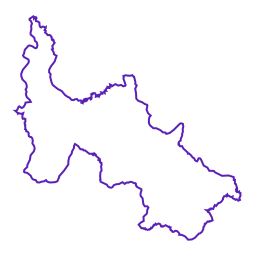 outline of Sucre, Santander, Colombia
{"feature_id": "7082276B9079895199156", "entity_name": "Sucre", "entity_type": "district", "adm_level": 2, "iso_a3": "COL", "parent_name": "Colombia", "parent_adm1": "Santander", "projection": "robinson", "projection_center": [-73.957, 6.009], "detail": "fine", "context": "isolated", "style": "outline", "palette": "violet", "viewbox_px": 256, "rotation_deg": 0, "n_neighbors": 0, "source": "geoboundaries", "source_scale": "gbopen_adm2", "svg_char_len": 5723}
<svg xmlns="http://www.w3.org/2000/svg" viewBox="0 0 256 256"><path d="M182.9,123.9L181.1,123.3L179.9,123.7L173.8,129.8L169.7,133.0L166.7,133.8L166.2,133.8L165.5,132.6L162.8,132.3L160.6,130.3L156.6,128.3L153.3,128.2L149.8,125.1L148.9,122.8L148.9,119.7L149.3,117.4L150.7,115.6L148.2,113.4L146.6,109.9L147.4,105.5L147.1,104.8L144.9,104.1L142.3,102.3L138.3,100.8L136.3,98.7L136.0,92.9L135.2,88.9L136.7,85.4L135.3,84.1L135.4,82.1L134.1,76.8L133.6,76.8L132.4,75.2L129.8,75.8L125.4,75.3L123.4,76.0L123.8,77.3L123.4,78.5L125.6,84.9L125.2,85.8L123.1,86.3L121.1,84.9L118.2,85.6L115.4,84.1L112.1,86.2L112.0,85.5L110.0,84.5L110.2,86.1L109.6,88.1L109.2,88.0L108.8,87.1L107.4,86.8L107.4,88.1L106.5,88.3L105.7,89.7L106.2,90.8L104.7,90.6L104.7,93.0L103.8,92.2L103.1,92.7L101.4,92.4L102.1,93.7L100.9,93.8L99.4,95.4L98.9,96.7L98.2,96.2L98.8,95.6L98.6,94.8L97.4,95.2L96.9,96.4L95.8,96.7L96.0,95.6L95.3,93.4L93.5,93.1L92.9,94.0L92.1,93.5L91.3,94.1L91.8,94.5L91.3,96.3L91.6,97.1L91.3,99.1L90.7,99.4L90.4,98.0L89.8,97.8L88.2,98.7L86.4,98.8L87.1,100.2L86.6,100.8L85.1,99.1L84.1,99.3L83.4,100.3L84.9,100.5L84.9,101.1L83.9,100.9L83.6,102.0L82.2,101.9L82.5,103.1L81.3,102.7L81.4,101.6L80.8,100.4L78.3,100.7L76.9,99.0L74.6,99.4L73.8,100.1L71.4,99.8L69.4,97.5L68.2,97.2L65.1,95.1L61.7,91.0L57.9,89.1L53.5,85.6L52.4,84.4L51.5,82.2L50.2,76.9L50.6,74.1L49.1,72.3L49.2,69.7L50.9,66.4L54.6,61.6L56.6,55.8L53.9,54.2L53.8,52.5L52.0,49.5L52.7,49.4L53.0,48.8L52.3,46.1L54.6,42.8L54.1,42.4L53.6,40.1L53.1,39.6L52.4,40.2L51.9,39.7L51.6,36.9L50.9,36.5L50.7,35.7L49.7,35.0L47.7,35.1L46.7,33.8L45.1,32.5L45.8,31.0L44.5,30.0L45.7,28.4L45.8,27.2L45.3,27.6L43.9,26.8L42.5,26.6L41.1,27.5L40.3,27.1L39.5,25.2L39.4,22.6L37.9,21.5L35.9,21.1L35.8,19.6L36.5,18.3L36.2,17.3L35.3,17.2L34.0,18.5L34.0,16.8L33.4,16.3L29.5,18.9L29.5,19.8L31.0,21.2L32.0,23.7L31.1,25.7L31.4,29.1L30.5,33.0L30.7,34.6L34.3,37.7L34.9,40.8L36.6,42.2L37.0,43.0L37.4,45.6L36.8,47.7L35.4,48.3L32.2,46.2L29.8,45.5L28.6,45.6L24.8,49.8L24.0,53.7L23.0,55.4L23.9,57.0L28.1,59.3L28.8,60.5L28.8,61.5L28.2,63.3L22.8,69.8L21.2,73.9L21.3,76.3L22.5,79.5L25.7,82.6L26.7,85.3L26.7,87.7L25.6,89.4L26.5,91.4L26.5,92.4L25.9,93.5L26.1,95.1L26.8,97.1L29.8,100.0L30.8,101.9L25.5,102.6L25.1,104.4L23.5,107.1L21.6,108.0L19.3,106.3L18.6,106.8L17.2,109.9L16.1,110.9L15.4,110.9L17.4,112.6L17.9,113.7L18.5,113.1L21.3,113.9L23.2,113.1L22.3,116.3L22.6,118.6L22.9,118.9L24.4,118.5L25.4,119.1L25.1,119.7L25.5,120.9L25.3,121.9L24.6,122.5L24.9,123.3L24.7,124.0L25.4,125.0L25.0,125.8L25.4,127.6L25.1,129.2L26.0,129.6L26.2,131.3L27.6,131.6L28.8,133.3L28.6,134.8L28.9,136.2L30.2,137.0L31.2,137.1L32.2,138.1L32.8,140.7L32.4,143.5L34.0,145.8L34.6,147.9L34.5,149.5L33.8,151.4L30.6,155.3L29.9,159.8L27.4,164.9L27.2,167.1L24.4,169.6L24.0,171.8L24.7,172.4L27.3,172.9L30.7,175.7L31.9,178.3L33.4,179.6L35.6,180.0L37.2,182.3L39.5,182.5L41.4,181.7L44.2,181.3L46.0,180.1L47.1,181.5L48.5,182.2L50.8,182.5L55.4,182.1L57.4,181.2L59.2,177.1L59.1,176.3L64.0,170.7L68.3,164.5L68.4,160.9L69.2,157.2L71.7,153.5L72.1,151.3L73.9,148.1L74.0,146.1L75.0,144.0L78.1,146.0L80.4,149.2L82.9,149.4L83.4,150.3L85.2,150.5L89.4,153.8L92.8,153.7L92.5,154.6L93.1,155.1L94.2,153.3L95.8,154.6L95.6,155.0L95.0,154.6L95.1,155.1L98.8,158.2L98.5,159.6L99.5,159.5L99.0,160.3L100.0,160.5L100.0,162.1L100.7,162.9L101.4,162.8L101.6,164.7L101.1,166.4L101.6,170.5L100.5,172.0L100.1,176.0L100.5,179.5L100.1,179.8L100.7,181.8L106.9,184.7L107.8,186.3L109.1,187.3L111.3,187.7L112.5,187.1L113.9,185.1L116.1,184.3L119.0,184.0L122.5,182.2L124.7,183.9L126.7,182.5L128.3,182.7L129.9,181.9L131.8,182.0L134.4,183.3L135.1,183.1L135.9,183.7L136.1,185.9L136.8,186.3L137.1,187.0L141.3,189.2L141.5,190.3L140.6,193.2L140.5,194.9L140.7,195.9L142.6,198.4L143.4,204.3L144.9,206.3L147.4,206.3L148.4,207.6L147.2,210.0L147.1,212.5L146.5,214.0L143.5,216.7L143.7,221.0L141.0,222.4L138.7,224.6L141.3,228.1L141.6,227.9L143.7,228.7L144.0,228.3L145.1,229.2L145.5,228.6L146.1,229.4L147.6,229.9L149.3,229.2L149.5,229.5L151.0,228.6L151.1,227.7L152.1,227.8L153.6,225.2L154.2,225.3L154.4,224.6L155.5,224.6L155.6,224.2L155.9,224.6L155.8,224.3L156.2,224.2L156.4,224.6L158.7,223.5L160.3,224.3L161.0,226.2L161.7,226.0L161.8,226.6L162.9,226.6L165.6,225.2L168.8,227.1L169.2,226.7L169.7,227.3L170.6,227.4L170.2,228.7L170.4,229.6L170.9,229.7L171.1,230.5L172.2,230.9L172.6,231.9L173.8,231.8L175.4,230.8L176.9,231.0L178.6,232.5L179.7,234.3L179.4,234.8L181.8,234.9L185.1,236.4L188.1,239.7L192.0,239.4L194.9,237.8L199.0,233.5L200.0,233.4L201.9,231.9L203.3,229.2L203.5,226.9L204.4,226.0L204.8,223.8L205.5,223.9L207.6,221.5L208.8,221.8L209.4,221.1L210.1,221.4L212.6,220.4L211.7,217.0L209.3,212.6L208.0,212.0L207.7,211.1L206.5,210.2L209.0,210.2L209.2,209.4L210.4,209.5L210.4,208.6L211.0,208.4L213.1,209.0L214.8,205.1L216.1,206.0L218.4,203.0L219.8,202.8L221.5,201.5L223.0,199.2L223.0,198.1L223.5,197.7L223.9,196.4L225.2,196.1L227.1,194.5L227.2,196.3L228.5,195.5L230.3,196.8L231.6,197.0L232.5,196.6L232.3,197.5L232.8,198.3L235.1,199.3L235.4,199.8L236.8,199.3L238.3,200.7L240.0,199.9L239.3,198.3L240.6,195.3L240.3,194.4L240.4,193.0L239.3,192.6L239.2,191.6L238.3,192.2L236.6,191.7L236.0,191.0L236.4,189.8L236.8,191.0L237.2,190.3L237.1,189.0L236.3,189.0L236.9,187.6L235.9,184.1L234.9,183.6L234.9,178.8L234.8,179.7L233.8,179.9L233.7,177.1L228.7,175.5L222.0,175.8L215.0,172.3L213.8,170.9L209.3,170.8L207.4,167.6L203.7,165.6L201.0,159.5L199.9,158.3L198.6,158.3L197.2,161.3L196.0,161.0L194.8,159.9L194.2,158.3L192.7,157.5L191.0,155.3L189.0,153.5L187.9,153.7L187.7,152.5L183.3,148.5L182.1,146.1L180.2,146.3L179.6,145.9L179.4,145.1L178.5,144.7L178.5,143.8L178.9,143.6L178.6,142.8L179.1,141.7L180.7,140.5L180.8,138.8L182.2,135.5L182.1,133.9L182.9,131.7L182.7,128.8L183.3,126.7L182.9,123.9Z" fill="none" stroke="#5b21b6" stroke-width="2"/></svg>